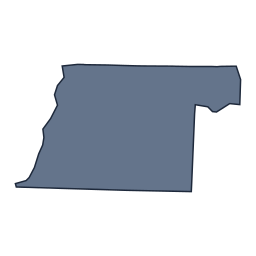 Obion, Tennessee, United States of America (Mercator projection)
{"feature_id": "52423323B36027695230289", "entity_name": "Obion", "entity_type": "district", "adm_level": 2, "iso_a3": "USA", "parent_name": "United States of America", "parent_adm1": "Tennessee", "projection": "mercator", "projection_center": [-89.125, 36.354], "detail": "fine", "context": "isolated", "style": "filled", "palette": "slate", "viewbox_px": 256, "rotation_deg": 0, "n_neighbors": 0, "source": "geoboundaries", "source_scale": "gbopen_adm2", "svg_char_len": 664}
<svg xmlns="http://www.w3.org/2000/svg" viewBox="0 0 256 256"><path d="M191.7,182.8L194.6,113.6L195.3,104.7L207.8,106.8L212.5,111.6L216.5,112.0L229.7,103.6L239.8,104.6L240.6,79.6L236.2,66.2L233.7,66.2L220.3,66.4L217.0,66.7L212.0,66.5L190.2,66.5L178.3,66.3L176.0,66.3L174.8,66.2L174.7,66.2L166.7,66.1L158.5,66.1L154.1,66.0L148.0,66.0L138.9,65.9L138.1,65.9L123.5,65.5L107.4,65.0L84.7,64.7L83.6,64.5L77.6,64.4L62.2,66.0L64.1,77.4L57.5,85.5L54.5,94.8L57.5,105.2L50.6,118.6L42.9,129.1L43.9,137.5L42.7,145.0L38.7,153.9L34.4,167.6L29.2,177.5L26.1,180.6L15.4,183.6L16.3,187.0L126.5,190.3L191.3,191.6L191.7,182.8Z" fill="#64748b" stroke="#1e293b" stroke-width="1.5"/></svg>